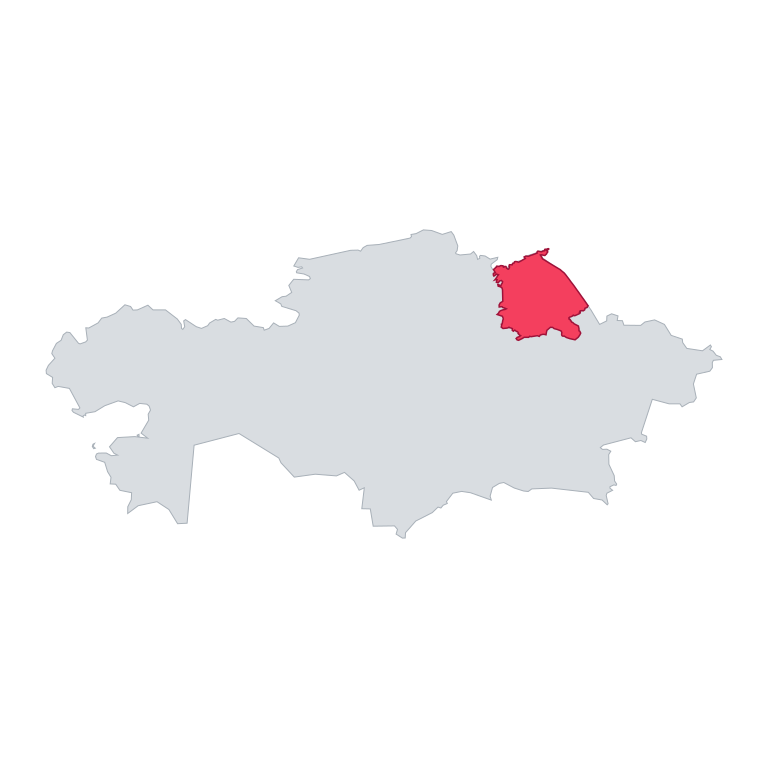 location of Pavlodar within Kazakhstan
{"feature_id": "KAZ-3205", "entity_name": "Pavlodar", "entity_type": "Region", "adm_level": 1, "iso_a3": "KAZ", "parent_name": "Kazakhstan", "parent_adm1": "", "projection": "robinson", "projection_center": [75.843, 52.234], "detail": "fine", "context": "in_parent", "style": "filled", "palette": "rose", "viewbox_px": 768, "rotation_deg": 0, "n_neighbors": 0, "source": "natural_earth", "source_scale": "10m", "svg_char_len": 7591}
<svg xmlns="http://www.w3.org/2000/svg" viewBox="0 0 768 768"><path d="M447.3,503.5L443.2,505.2L440.9,508.0L438.0,507.1L432.3,512.6L415.8,521.0L405.5,532.7L405.2,538.0L402.4,538.1L396.1,534.1L397.5,529.4L394.5,525.9L373.2,526.2L370.3,508.9L361.8,508.7L364.3,487.8L359.1,490.2L354.2,481.0L344.5,472.4L336.4,475.9L315.3,474.2L294.3,477.1L281.0,462.8L278.8,458.0L239.0,433.5L194.1,445.2L187.1,523.2L177.6,523.7L168.9,509.5L157.0,501.7L138.2,505.7L127.7,513.5L127.8,506.7L131.3,499.7L131.6,492.7L119.9,490.3L115.7,484.2L110.2,483.9L111.0,477.3L107.6,471.7L104.7,462.3L96.5,459.4L95.5,456.6L96.5,454.0L98.5,453.1L106.2,453.0L111.3,455.7L117.6,455.1L113.9,453.2L109.5,446.8L117.5,437.6L134.8,436.6L147.7,438.2L141.1,433.1L148.7,420.2L148.2,414.2L150.5,410.1L149.2,406.2L146.9,404.2L139.7,403.4L133.5,406.8L125.2,402.6L118.1,400.9L104.8,405.7L95.0,411.7L85.7,413.3L85.7,415.6L84.5,415.0L83.0,416.1L83.3,417.1L73.5,412.3L72.0,410.5L72.4,408.8L78.5,409.4L79.9,407.9L69.4,388.4L58.2,386.4L54.9,387.7L52.2,383.4L52.6,377.4L46.4,373.6L46.1,370.2L48.4,365.4L54.9,358.2L51.8,353.6L52.5,350.8L56.4,343.4L61.1,340.3L63.3,334.7L66.7,332.1L69.9,332.6L78.5,343.3L80.1,343.9L85.7,341.9L87.4,340.1L85.8,327.8L88.8,328.0L98.1,322.9L101.7,318.1L107.1,317.1L115.7,313.2L124.9,304.8L130.6,306.5L133.0,310.1L137.4,309.9L147.9,305.2L153.0,309.9L165.5,309.9L177.3,319.0L181.2,324.3L181.5,328.4L182.8,329.4L184.7,326.8L183.7,320.9L185.5,319.6L196.3,326.7L201.5,328.4L207.7,325.7L209.6,323.0L215.7,319.4L217.7,320.2L224.3,318.5L230.9,322.1L234.5,321.4L237.9,317.9L246.3,318.5L254.1,326.1L263.3,327.6L264.2,330.2L269.1,328.4L273.6,322.9L279.3,326.4L287.8,326.1L295.4,322.7L299.3,315.1L299.0,313.1L296.0,310.7L281.8,306.4L280.8,303.9L275.3,300.7L282.1,296.7L286.1,296.2L291.7,292.4L288.8,285.4L293.7,279.3L308.6,279.9L310.4,278.6L309.5,276.5L304.0,274.0L296.7,272.8L296.3,271.8L297.5,269.6L302.6,268.0L301.7,266.8L298.0,267.4L293.8,266.0L298.6,257.8L309.6,259.3L350.7,250.3L358.1,250.1L360.6,251.2L363.2,247.6L367.1,245.4L379.0,244.5L410.0,238.1L411.5,236.6L411.0,234.5L416.1,233.6L423.4,229.9L431.6,230.5L442.3,234.4L451.2,231.6L453.8,235.1L457.8,245.9L457.1,250.7L455.5,252.9L456.1,253.8L460.0,255.0L470.6,254.0L473.6,251.5L476.7,255.7L477.6,259.4L479.8,258.3L479.5,256.3L480.5,255.4L485.1,256.0L490.1,259.1L497.8,257.3L497.2,259.7L491.2,264.2L490.9,266.5L492.8,269.6L500.0,266.0L505.7,266.9L507.9,268.7L509.5,265.4L515.7,261.8L521.9,260.4L524.4,258.8L525.3,256.4L547.6,249.1L544.8,255.2L541.0,255.1L542.1,257.7L564.2,273.2L590.8,309.7L599.6,324.4L606.7,320.9L606.9,316.1L611.6,313.8L618.0,315.9L617.2,320.5L622.4,320.7L623.9,325.2L640.7,325.4L644.9,322.0L654.6,319.9L664.4,324.4L671.2,335.4L682.3,339.1L682.7,342.6L686.8,348.4L702.5,350.8L710.4,345.0L711.4,346.7L709.8,349.5L713.0,351.1L716.3,355.3L720.3,356.8L721.9,359.5L713.4,360.3L712.3,362.6L712.4,367.7L709.8,371.2L696.6,374.2L693.4,384.0L696.3,397.9L693.6,401.9L689.4,402.5L682.1,406.8L679.9,403.8L669.0,403.8L652.3,399.3L641.4,432.7L641.7,434.2L646.6,436.2L646.8,439.0L645.2,442.5L640.9,440.5L635.4,441.7L631.0,437.8L603.5,445.0L600.3,447.6L602.5,449.4L606.9,449.2L610.8,451.2L608.7,454.6L608.9,464.3L614.2,475.6L614.6,481.0L616.7,484.1L616.1,485.4L613.8,484.9L610.0,486.7L609.9,488.1L612.6,490.3L606.9,493.2L606.2,495.5L608.1,503.8L607.2,504.8L602.1,500.0L593.6,498.5L588.3,492.3L551.5,488.1L531.8,488.9L528.2,491.5L523.6,491.0L514.2,488.0L503.8,482.5L499.3,483.4L492.5,487.5L490.1,496.2L491.3,500.1L470.4,492.7L461.6,491.4L452.8,493.2L446.4,501.6L447.3,503.5ZM95.3,448.2L93.7,448.7L92.3,446.5L93.0,444.2L94.6,443.4L93.0,446.2L95.3,448.2ZM139.1,436.5L137.7,436.1L137.1,435.2L139.0,434.3L139.1,436.5Z" fill="#d9dde1" stroke="#a8b0b8" stroke-width="1"/><path d="M548.2,248.7L548.6,248.7L548.8,248.9L548.7,249.3L548.4,249.5L547.1,249.8L546.8,249.9L546.5,250.2L546.3,250.5L546.5,250.7L547.3,250.9L547.6,251.1L547.7,251.6L547.7,252.1L547.4,252.5L547.1,252.9L546.8,253.2L546.6,253.8L546.5,254.0L546.3,254.2L545.9,254.5L545.7,254.7L544.9,255.5L543.9,255.4L541.9,254.8L540.9,254.8L540.6,254.9L540.3,255.0L541.9,257.3L542.0,257.6L542.2,258.4L542.7,259.0L544.1,259.8L546.0,261.0L549.0,262.9L552.0,264.7L555.0,266.5L558.0,268.3L560.2,269.6L562.1,271.3L563.0,272.0L564.3,273.1L566.1,275.3L567.2,276.8L569.0,279.1L570.7,281.5L572.5,283.8L574.3,286.2L576.6,289.5L579.0,292.8L581.3,296.1L583.7,299.4L585.5,302.0L587.3,304.6L588.1,305.7L587.7,305.8L587.2,307.4L584.9,308.3L584.9,308.8L584.7,309.8L583.9,310.4L583.0,310.9L582.4,310.6L580.2,310.8L579.5,312.1L580.3,312.2L580.1,313.1L579.3,313.7L575.1,315.6L574.0,315.7L573.6,315.2L572.9,315.4L572.5,316.0L570.7,316.9L570.1,316.9L569.2,317.5L568.9,317.9L568.8,318.0L568.9,318.3L569.1,318.6L569.4,318.8L569.2,319.2L569.6,319.4L570.0,319.5L570.4,319.8L570.5,320.4L570.5,320.6L570.8,320.7L570.9,320.8L571.0,320.8L571.1,321.1L571.5,321.9L571.7,322.1L571.9,322.3L572.5,322.3L572.9,322.6L573.0,322.7L574.1,323.8L578.4,326.0L579.0,328.7L579.0,330.8L579.8,331.2L580.7,333.1L579.8,335.0L578.3,337.2L575.1,339.8L570.0,338.7L566.4,337.5L564.2,336.1L562.9,336.2L561.9,335.6L561.6,334.4L561.8,332.4L561.0,330.9L557.4,329.5L554.1,328.6L552.7,327.4L550.4,327.3L546.9,330.3L546.4,332.5L546.0,334.8L544.0,334.3L542.2,334.4L541.2,334.8L540.4,334.9L539.3,336.4L537.3,335.7L531.0,336.7L529.7,336.3L528.7,337.3L524.1,337.3L522.5,338.4L518.6,340.3L517.1,339.9L516.1,338.5L516.8,337.9L517.1,337.4L518.8,336.8L520.6,335.7L519.3,334.8L518.1,333.6L518.5,333.2L518.0,332.3L517.2,331.5L516.5,331.5L514.8,330.1L513.3,331.2L512.2,330.2L512.4,328.6L510.6,327.9L509.5,327.7L509.0,327.2L508.1,327.8L506.9,328.1L503.0,328.5L501.2,327.1L501.6,325.7L501.4,324.2L502.2,323.9L502.8,320.1L503.3,319.1L503.1,318.1L502.7,317.0L502.3,316.2L497.1,314.5L498.2,313.5L499.0,312.4L499.4,311.4L501.0,310.5L503.4,309.7L504.9,309.5L506.3,308.8L504.5,308.0L502.7,307.5L502.3,306.8L501.2,306.7L499.2,307.0L499.1,305.0L500.3,302.8L501.9,301.9L502.8,301.2L502.5,289.7L502.0,288.0L501.5,287.6L500.4,286.8L498.2,286.2L497.8,284.5L498.4,284.6L500.1,285.4L500.6,286.2L501.3,284.9L501.6,283.9L502.2,283.3L502.6,281.7L501.4,280.5L499.6,280.9L498.4,282.6L496.4,282.3L496.7,280.5L497.1,279.7L496.3,279.4L494.8,279.9L495.3,279.3L496.7,277.4L497.4,276.1L498.5,274.8L497.6,274.4L497.1,274.5L496.7,274.2L495.9,274.5L495.0,275.4L493.9,276.1L493.3,275.0L493.4,273.4L494.4,272.9L495.4,272.7L493.5,269.6L494.6,268.6L495.0,268.3L495.2,268.2L495.3,268.0L495.4,267.6L495.5,267.4L495.9,267.2L496.0,267.2L496.4,267.2L496.5,267.2L496.6,266.8L496.7,266.5L496.7,266.4L496.7,266.2L496.9,266.2L498.1,266.2L498.3,266.3L498.9,266.5L499.1,266.5L500.3,265.8L500.8,265.6L501.3,265.6L501.9,265.7L503.0,265.8L503.3,266.2L503.3,266.6L503.3,267.0L503.5,267.1L504.0,267.1L504.5,266.5L505.7,266.5L505.9,266.5L506.1,266.8L506.2,267.1L506.3,267.3L506.6,267.4L506.5,267.9L506.6,268.2L507.2,268.6L508.0,269.2L508.5,269.2L508.8,268.9L509.6,267.0L509.6,266.9L509.4,266.7L509.1,266.5L509.0,266.4L509.2,265.3L509.3,264.9L509.6,264.7L512.2,264.8L512.3,264.6L512.6,263.7L512.8,263.4L512.9,263.2L513.1,263.2L513.9,263.2L514.1,263.0L514.2,262.7L514.4,262.1L514.5,261.8L514.7,261.7L515.2,261.5L516.6,261.6L517.1,261.7L518.3,262.2L518.8,262.1L520.9,261.0L522.8,259.9L525.3,258.5L524.1,257.0L525.2,256.4L525.8,256.1L526.3,256.1L528.0,256.3L528.6,256.2L529.4,255.9L530.4,255.5L532.2,254.9L535.0,253.9L537.2,253.0L537.0,252.6L537.0,252.2L537.1,251.9L537.4,251.5L537.7,251.2L538.0,251.1L541.2,251.7L541.9,251.6L542.9,251.0L543.3,250.9L543.5,250.9L544.0,250.9L544.5,250.7L544.6,250.3L544.6,249.9L544.7,249.5L545.0,249.2L545.5,249.2L546.4,249.2L546.7,249.2L547.9,248.7L548.2,248.7Z" fill="#f43f5e" stroke="#9f1239" stroke-width="1.5"/></svg>